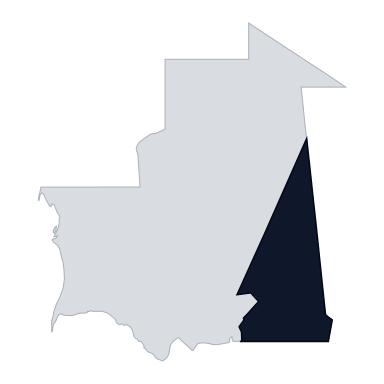 Hodh ech Chargui highlighted on a map of Mauritania
{"feature_id": "MRT-2796", "entity_name": "Hodh ech Chargui", "entity_type": "Region", "adm_level": 1, "iso_a3": "MRT", "parent_name": "Mauritania", "parent_adm1": "", "projection": "mercator", "projection_center": [-6.332, 19.309], "detail": "fine", "context": "in_parent", "style": "filled", "palette": "ink", "viewbox_px": 384, "rotation_deg": 0, "n_neighbors": 0, "source": "natural_earth", "source_scale": "10m", "svg_char_len": 4894}
<svg xmlns="http://www.w3.org/2000/svg" viewBox="0 0 384 384"><path d="M158.4,359.3L157.9,359.1L155.2,357.2L154.0,355.0L151.9,353.3L148.9,352.2L147.0,350.9L146.2,349.5L145.1,348.5L144.0,348.0L143.8,347.5L144.1,346.8L143.8,345.5L142.1,342.6L140.5,341.2L139.2,341.4L138.4,341.1L137.9,340.4L137.8,339.5L136.8,338.7L135.2,338.3L133.9,336.1L132.9,332.1L131.7,329.0L130.1,326.8L129.0,325.9L128.2,325.8L127.9,325.4L127.7,324.8L126.5,324.6L124.8,325.2L123.2,325.0L122.5,323.9L121.4,323.8L120.1,324.7L118.6,324.4L117.0,323.0L116.1,321.6L115.9,320.2L113.2,317.4L107.8,313.1L101.9,311.2L95.6,311.4L92.0,311.2L91.2,310.6L90.5,310.6L89.7,311.4L88.8,311.6L88.0,311.1L87.4,311.5L87.2,312.5L84.9,313.1L80.7,313.1L77.3,313.8L74.6,315.1L70.9,315.6L66.2,315.5L63.3,315.0L62.3,314.2L60.9,314.0L59.1,314.4L57.6,316.5L56.1,320.3L55.0,322.4L54.1,323.0L53.1,325.8L52.5,330.5L51.7,332.5L51.7,320.8L53.1,316.4L53.5,312.6L56.4,304.1L59.9,297.1L63.2,287.8L64.4,278.8L64.0,270.0L63.0,262.1L61.4,256.9L59.8,249.3L57.5,245.3L53.2,241.8L52.2,239.8L53.2,239.0L55.8,238.5L57.5,235.8L54.0,236.8L58.0,228.4L59.3,222.7L59.1,219.0L59.9,216.7L56.8,211.7L54.4,205.3L53.1,204.3L51.8,203.8L51.7,205.3L51.0,206.6L49.5,205.8L46.9,201.2L43.2,193.7L41.9,192.9L40.8,193.9L40.1,194.9L38.8,201.2L38.4,198.7L39.0,195.8L39.9,192.2L40.9,187.1L44.2,187.1L49.9,187.1L61.4,187.1L67.2,187.1L78.7,187.1L84.4,187.1L95.9,187.1L101.7,187.0L113.2,187.0L118.9,187.0L130.4,187.0L136.2,187.0L140.0,187.0L139.8,183.4L139.6,180.6L139.4,176.8L139.1,172.9L138.9,169.1L138.7,165.5L138.4,162.0L138.2,158.6L138.0,155.6L137.7,153.8L136.5,150.3L136.2,148.6L136.6,146.8L137.4,145.0L139.6,141.9L143.0,139.4L146.9,136.6L149.9,134.5L151.5,133.9L156.1,133.2L159.8,131.6L163.4,130.0L164.9,129.1L165.1,126.1L165.1,59.3L182.9,59.3L187.5,59.3L220.3,59.3L224.9,59.3L248.7,59.3L248.7,56.1L248.7,51.5L248.7,45.2L248.7,38.9L248.7,27.7L248.7,23.0L253.4,26.2L262.9,32.4L267.6,35.5L277.0,41.7L286.4,47.9L295.9,54.1L300.6,57.2L305.3,60.3L310.0,63.4L314.8,66.5L324.2,72.6L328.1,75.2L334.2,79.3L339.9,83.2L345.6,87.1L336.8,87.1L325.0,87.1L317.0,87.1L308.8,87.1L301.1,87.1L301.8,93.4L302.5,100.2L303.2,107.1L303.9,113.9L304.6,120.8L306.8,141.2L307.5,147.9L308.2,154.7L308.9,161.4L309.6,168.2L311.1,181.6L311.8,188.3L312.5,195.0L313.2,201.7L313.9,208.3L314.6,215.0L316.1,228.3L316.8,234.9L317.5,241.5L318.2,248.1L318.9,254.7L319.6,261.3L320.4,267.9L321.1,274.4L322.5,287.6L323.2,294.1L323.9,300.6L324.6,307.1L325.3,313.5L328.3,316.8L332.1,320.9L331.0,326.8L329.7,333.8L328.3,341.4L317.8,341.4L307.6,341.4L282.0,341.4L276.9,341.4L251.3,341.4L246.2,341.4L236.3,341.4L233.4,341.3L232.3,340.7L232.0,336.7L231.1,337.0L230.1,338.1L229.5,339.4L229.7,341.0L229.5,342.4L226.3,343.0L221.8,343.9L217.1,344.6L212.4,344.4L210.8,344.1L209.1,343.5L205.3,343.0L203.3,342.9L200.9,343.0L198.2,343.4L197.3,344.1L195.2,347.0L193.2,350.4L191.9,350.4L190.4,348.6L186.3,345.0L181.4,340.4L179.2,338.1L178.0,337.8L175.6,339.4L173.6,341.0L171.5,343.3L170.5,345.4L169.8,348.0L169.4,351.0L168.7,354.5L167.0,357.3L164.9,359.4L163.4,360.4L162.9,361.0L158.4,359.3ZM55.8,230.6L54.2,233.2L53.4,232.2L53.2,230.5L54.6,228.1L55.3,226.8L56.5,226.3L55.8,230.6Z" fill="#d9dde1" stroke="#a8b0b8" stroke-width="1"/><path d="M306.7,138.5L307.0,141.1L307.3,144.3L307.7,147.6L308.0,150.9L308.4,154.2L308.7,157.5L309.1,160.7L309.5,164.0L309.8,167.3L310.2,170.5L310.5,173.8L310.9,177.1L311.2,180.3L311.6,183.6L311.9,186.8L312.3,190.1L312.6,193.3L313.0,196.6L313.2,198.1L313.5,201.6L313.9,205.1L314.1,206.6L314.4,209.5L314.8,212.9L315.1,216.2L315.5,219.6L315.9,222.9L316.2,226.2L316.6,229.6L316.9,232.9L317.3,236.2L317.7,239.9L317.8,241.4L318.0,243.0L318.2,244.5L318.3,246.1L318.6,248.5L318.8,251.0L319.1,253.5L319.3,255.9L319.6,258.4L319.8,260.8L320.1,263.3L320.4,265.7L320.6,268.2L320.9,270.6L321.1,273.1L321.4,275.5L321.6,277.9L321.9,280.3L322.1,282.7L322.4,285.0L322.6,287.4L322.9,289.8L323.1,292.2L323.4,294.5L323.6,296.9L323.9,299.3L324.1,301.6L324.4,304.0L324.6,306.4L324.9,308.7L325.1,311.1L325.4,313.5L325.5,314.5L325.7,314.9L325.9,315.4L326.9,316.0L327.8,316.7L328.9,317.5L329.9,318.2L330.9,318.9L332.0,319.6L332.2,319.8L332.2,320.0L332.1,320.9L331.6,323.4L331.2,325.9L330.7,328.4L330.3,330.8L329.8,333.4L329.3,335.9L328.9,338.4L328.4,340.9L328.4,341.1L328.3,341.3L328.3,341.5L328.2,341.5L324.2,341.5L320.9,341.5L319.3,341.5L317.6,341.5L315.7,341.5L313.8,341.5L310.5,341.5L308.0,341.5L306.9,341.5L303.1,341.5L299.1,341.5L295.0,341.5L290.8,341.5L286.6,341.5L282.3,341.5L278.0,341.5L273.7,341.5L269.5,341.5L265.4,341.5L261.4,341.5L257.6,341.5L254.0,341.5L250.7,341.5L248.5,341.5L246.5,341.5L244.7,341.5L243.0,341.5L240.7,341.5L240.7,341.4L240.9,341.3L241.8,340.3L241.5,332.0L240.1,329.0L239.1,326.7L244.0,319.9L243.4,318.1L247.0,314.4L248.6,312.6L252.8,307.9L258.6,301.5L254.3,296.8L250.8,292.9L237.0,294.7L266.2,230.1L266.5,229.3L306.5,138.9L306.7,138.5L306.7,138.5Z" fill="#0f172a" stroke="#020617" stroke-width="1.5"/></svg>